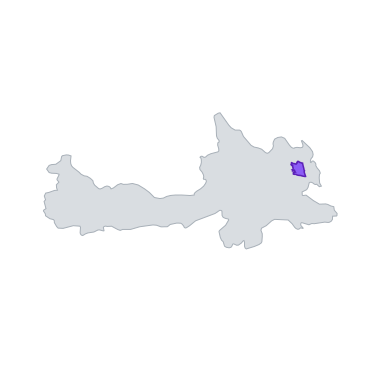 Viengphoukha, Louang Namtha, Laos (highlighted), rotated 123°
{"feature_id": "54806243B46667129508347", "entity_name": "Viengphoukha", "entity_type": "district", "adm_level": 2, "iso_a3": "LAO", "parent_name": "Laos", "parent_adm1": "Louang Namtha", "projection": "robinson", "projection_center": [101.061, 20.668], "detail": "fine", "context": "in_parent", "style": "filled", "palette": "violet", "viewbox_px": 384, "rotation_deg": 123, "n_neighbors": 0, "source": "geoboundaries", "source_scale": "gbopen_adm2", "svg_char_len": 6713}
<svg xmlns="http://www.w3.org/2000/svg" viewBox="0 0 384 384"><g transform="rotate(123 192 192)"><path d="M143.4,61.2L144.9,64.2L152.0,72.2L153.2,74.4L155.8,76.1L157.9,83.3L158.8,83.7L160.0,83.2L160.9,82.2L161.6,79.4L162.1,79.1L162.9,81.4L164.9,82.1L165.7,83.1L166.0,84.8L165.7,86.6L164.1,90.7L163.1,96.1L170.0,107.9L172.9,109.5L179.8,111.4L184.5,114.0L186.6,113.3L188.7,110.4L191.1,108.8L195.7,106.3L197.1,106.2L199.6,107.2L203.8,110.1L210.2,115.5L210.0,117.0L208.9,118.4L205.5,120.6L204.4,122.0L205.1,122.5L207.9,122.8L211.2,124.1L212.3,125.5L212.8,128.8L213.4,129.4L216.5,129.0L217.5,129.5L218.6,130.5L219.7,133.2L219.7,135.2L216.7,138.8L216.3,141.0L214.7,143.5L210.5,147.8L209.4,148.0L201.6,145.7L195.4,146.0L194.9,146.9L195.9,149.5L196.3,152.0L195.3,154.0L191.7,156.5L191.6,157.6L192.3,158.8L197.5,161.0L214.2,173.3L221.7,175.7L225.0,177.2L225.9,178.1L225.9,179.2L225.0,180.6L224.3,183.0L224.3,184.4L225.1,185.8L226.4,187.9L231.1,192.6L234.5,193.7L238.1,199.0L239.2,203.7L240.9,206.8L249.6,216.9L256.8,223.1L261.2,229.8L263.3,231.3L263.9,233.8L264.5,240.8L267.1,244.4L267.6,245.8L268.7,246.9L269.9,247.1L272.4,244.7L272.9,245.1L274.1,248.8L275.1,250.2L279.0,252.5L283.0,257.0L285.2,258.6L288.0,259.9L288.4,261.3L287.9,262.8L287.0,263.7L282.3,266.3L281.7,267.4L284.9,273.2L292.7,280.3L295.2,284.6L294.7,286.7L292.6,290.8L291.0,291.9L290.6,293.2L291.8,296.6L291.7,301.9L290.2,303.1L288.8,306.3L287.9,306.5L285.5,305.4L280.5,310.9L278.3,310.6L275.8,313.7L272.6,314.1L270.3,311.8L265.5,308.1L263.8,305.8L262.3,307.8L259.8,309.7L256.2,309.0L255.3,311.8L254.6,312.3L250.3,312.8L249.5,313.2L250.2,315.7L252.7,320.0L253.5,322.4L251.9,326.4L247.5,326.3L245.5,324.7L242.9,321.3L237.2,319.1L233.4,320.6L232.2,320.5L229.4,317.7L228.3,315.8L227.6,313.1L232.0,310.9L234.2,309.2L235.6,307.3L236.2,305.4L236.9,297.5L237.5,294.7L237.2,291.3L236.0,288.6L235.9,284.6L236.5,281.3L238.2,279.6L239.3,277.3L240.0,272.0L239.5,270.7L237.8,269.4L235.1,268.1L233.3,266.6L232.6,264.7L232.7,263.1L233.5,261.6L231.4,260.1L226.4,258.3L223.6,256.2L223.0,253.8L220.9,250.6L217.3,246.6L215.4,240.9L215.2,233.5L215.6,227.5L217.1,220.5L215.0,215.4L212.7,212.7L209.5,210.8L206.5,208.0L203.6,204.3L200.1,198.9L196.0,191.7L193.3,188.5L191.9,189.3L189.0,188.6L184.6,186.5L180.7,185.4L177.4,185.3L175.3,185.7L174.3,186.8L174.2,187.9L175.0,189.0L174.6,189.8L172.9,190.4L171.5,191.6L169.9,194.2L168.8,197.6L167.2,199.0L164.7,199.3L162.2,200.2L159.7,201.9L158.6,203.2L158.7,204.0L158.2,204.2L157.0,203.8L156.4,202.6L156.5,200.8L155.2,199.6L152.7,199.0L149.7,197.1L144.2,192.1L142.9,191.9L141.1,193.2L138.7,196.0L136.7,197.1L135.2,196.5L134.0,197.5L133.2,200.0L131.6,202.0L124.1,207.3L117.4,214.2L115.7,214.9L111.6,212.9L110.3,211.6L115.9,197.5L116.8,194.1L116.6,189.5L114.2,185.8L114.1,184.7L114.5,183.5L117.4,179.1L120.7,167.9L120.5,164.4L119.0,160.5L118.2,156.9L118.9,151.9L118.6,150.0L117.1,149.0L111.9,148.0L109.0,148.8L107.6,150.2L105.9,151.0L102.7,151.5L99.6,149.8L97.1,147.0L96.5,143.5L99.6,135.9L100.4,133.0L100.3,131.7L99.8,130.2L99.0,130.0L97.4,128.3L95.8,125.1L94.3,123.7L92.9,124.0L91.6,125.2L89.5,128.1L88.8,127.7L90.7,117.3L92.5,112.9L94.5,110.9L96.8,110.0L99.1,110.3L101.0,109.9L102.6,108.9L102.5,108.2L100.6,108.1L99.9,106.9L100.3,104.7L101.1,103.3L102.4,102.6L103.6,100.4L104.8,96.6L106.3,94.7L108.0,94.6L110.9,93.0L115.0,89.8L116.6,86.7L118.2,88.1L117.6,91.7L118.4,92.4L118.8,93.7L118.6,95.7L118.9,97.4L119.6,98.3L120.5,98.7L124.9,97.2L127.6,97.1L132.0,99.7L134.6,97.8L134.6,97.1L132.5,94.6L133.1,85.5L132.8,78.5L129.2,73.4L128.5,71.4L128.1,68.0L127.1,65.1L129.7,62.8L131.0,58.6L132.9,57.6L133.4,57.7L135.7,60.9L138.5,59.3L140.6,59.3L142.4,60.2L143.4,61.2Z" fill="#d9dde1" stroke="#a8b0b8" stroke-width="1"/><path d="M113.2,124.5L113.3,124.5L113.4,124.3L113.5,124.2L113.8,124.1L114.0,123.9L114.3,123.7L114.5,123.8L114.8,124.0L114.9,123.9L115.0,123.9L115.2,123.7L115.2,123.4L115.3,123.1L115.4,122.9L115.1,122.7L114.9,122.4L114.9,122.2L115.0,122.1L115.1,121.9L115.2,121.7L115.3,121.6L115.5,121.6L115.8,121.5L115.9,121.4L116.1,121.2L116.4,120.9L116.5,120.8L116.6,120.6L116.6,120.4L116.8,120.2L117.2,120.0L117.6,119.9L117.9,119.8L118.0,119.7L118.3,119.5L118.5,119.7L118.6,119.8L118.6,119.7L118.8,119.6L119.0,119.5L119.4,119.5L119.5,119.4L119.4,119.4L119.3,119.2L119.1,119.0L118.9,119.0L118.8,118.9L118.7,118.8L118.6,118.7L118.8,118.7L118.8,118.4L118.7,118.3L118.6,118.0L118.4,118.0L118.2,117.9L118.1,117.7L118.3,117.5L118.4,117.3L118.5,117.2L118.6,116.8L118.8,116.7L119.0,116.7L119.3,116.6L119.3,116.4L119.4,116.5L119.5,116.6L119.6,116.8L119.7,117.0L119.8,117.2L120.0,117.1L120.3,117.0L120.4,117.3L120.5,117.4L120.8,117.3L120.9,117.1L121.0,117.1L121.3,117.0L121.5,117.0L121.7,116.9L121.7,116.7L121.7,116.4L121.6,116.2L121.5,115.9L121.4,115.8L121.4,115.7L121.2,115.4L121.0,115.1L120.9,114.9L120.8,114.7L120.7,114.6L120.6,114.3L120.5,114.2L120.5,113.9L120.5,113.7L120.6,113.4L120.5,113.2L120.4,113.0L120.4,112.9L120.3,112.5L120.3,112.4L120.2,112.2L120.1,111.9L120.0,111.7L119.9,111.6L119.8,111.4L119.7,111.2L119.6,110.9L119.4,110.6L119.3,110.4L119.2,110.3L119.2,110.2L119.0,109.8L118.9,109.7L118.8,109.4L118.8,109.2L118.7,109.0L118.7,108.9L118.7,108.7L118.5,108.4L118.5,108.1L118.4,108.0L118.4,107.9L118.3,107.7L118.2,107.3L118.1,107.2L118.0,106.9L117.9,106.7L117.8,106.4L117.7,106.3L117.7,106.2L117.6,105.9L117.5,105.7L117.4,105.6L117.2,105.3L117.1,105.2L116.8,105.5L116.5,105.8L116.4,106.0L116.2,106.3L116.0,106.5L115.9,106.6L115.8,106.8L115.7,106.9L115.7,107.0L115.4,107.3L115.2,107.5L115.0,107.8L114.9,107.9L114.8,108.0L114.7,108.1L114.6,108.3L114.4,108.5L114.2,108.7L114.0,108.8L113.9,108.9L113.8,109.0L113.7,109.1L113.4,109.1L113.2,109.1L112.9,109.2L112.8,109.3L112.7,109.4L112.6,109.6L112.6,109.9L112.5,110.0L112.4,110.1L112.3,110.3L112.2,110.4L112.1,110.5L111.9,110.6L111.7,110.8L111.5,111.0L111.4,111.0L111.2,111.2L111.1,111.3L110.9,111.5L110.7,111.8L110.5,112.1L110.4,112.2L110.2,112.3L110.1,112.5L109.9,112.6L109.7,112.9L108.6,114.0L107.7,114.9L107.6,115.0L107.9,115.2L108.0,115.3L108.0,115.5L108.0,115.9L108.0,116.0L108.0,116.4L108.1,116.5L108.1,116.8L108.1,117.0L108.3,117.3L108.5,117.6L108.6,117.9L108.6,118.0L108.6,118.3L108.4,118.5L108.3,118.8L108.3,119.0L108.4,119.3L108.5,119.4L108.5,119.5L108.5,119.8L108.7,120.0L108.8,120.0L109.0,120.1L109.3,120.0L109.6,119.9L109.8,119.8L110.0,120.0L110.1,119.9L110.2,120.0L110.3,120.0L110.3,119.9L110.5,119.9L110.8,119.8L111.0,119.9L111.3,119.8L111.3,119.7L111.5,119.7L111.5,119.8L111.7,120.1L111.8,120.2L111.9,120.3L112.1,120.3L112.2,120.6L112.3,120.8L112.3,121.0L112.4,121.3L112.5,121.7L112.5,121.9L112.6,122.0L112.8,122.1L112.9,122.3L112.9,122.5L113.0,122.8L113.0,123.1L113.0,123.5L113.0,123.8L113.1,124.0L113.2,124.5Z" fill="#8b5cf6" stroke="#5b21b6" stroke-width="1.5"/></g></svg>